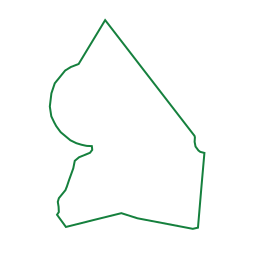 outline of Borkou, Borkou, Chad, rotated 96°
{"feature_id": "50815135B4564368173337", "entity_name": "Borkou", "entity_type": "district", "adm_level": 2, "iso_a3": "TCD", "parent_name": "Chad", "parent_adm1": "Borkou", "projection": "mercator", "projection_center": [19.353, 16.669], "detail": "fine", "context": "isolated", "style": "outline", "palette": "green", "viewbox_px": 256, "rotation_deg": 96, "n_neighbors": 0, "source": "geoboundaries", "source_scale": "gbopen_adm2", "svg_char_len": 807}
<svg xmlns="http://www.w3.org/2000/svg" viewBox="0 0 256 256"><g transform="rotate(96 128 128)"><path d="M186.0,181.2L193.2,182.8L193.3,182.9L196.3,183.7L205.0,189.4L208.8,190.1L213.6,188.8L218.8,188.0L220.9,189.1L221.7,189.5L226.6,185.1L232.9,179.4L223.0,152.3L213.4,125.7L216.8,109.2L221.5,53.0L219.8,48.0L179.6,48.8L144.8,49.4L144.2,53.6L143.0,55.6L139.4,58.9L134.8,60.3L130.3,60.5L128.9,61.0L69.2,118.0L23.2,161.9L23.1,162.0L30.8,165.6L69.5,183.8L73.3,191.2L77.4,196.5L91.2,205.5L101.5,207.8L114.8,208.0L124.4,205.5L130.1,202.0L133.6,199.6L137.7,195.9L139.3,194.4L145.5,185.1L146.2,184.1L148.5,177.8L149.5,172.6L149.9,169.2L150.1,167.2L150.0,165.5L149.8,162.1L151.4,161.7L153.5,161.3L156.6,163.2L162.2,173.6L166.2,177.5L173.8,178.2L186.0,181.2Z" fill="none" stroke="#15803d" stroke-width="2"/></g></svg>